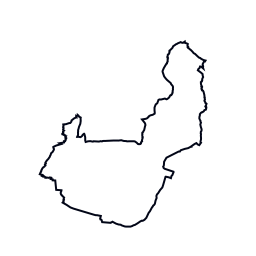 outline of Hulubesti, Dâmbovita, Romania, rotated 14°
{"feature_id": "2599482B41266636799835", "entity_name": "Hulubesti", "entity_type": "district", "adm_level": 2, "iso_a3": "ROU", "parent_name": "Romania", "parent_adm1": "Dâmbovita", "projection": "orthographic", "projection_center": [25.25, 44.872], "detail": "fine", "context": "isolated", "style": "outline", "palette": "ink", "viewbox_px": 256, "rotation_deg": 14, "n_neighbors": 0, "source": "geoboundaries", "source_scale": "gbopen_adm2", "svg_char_len": 5785}
<svg xmlns="http://www.w3.org/2000/svg" viewBox="0 0 256 256"><g transform="rotate(14 128 128)"><path d="M162.5,215.7L163.8,214.6L164.7,214.5L166.2,213.1L167.0,211.6L167.5,210.8L168.6,205.2L169.4,203.5L170.5,199.2L171.0,198.3L171.2,197.2L172.0,196.2L172.4,195.0L172.3,191.7L172.7,189.0L172.1,187.4L172.0,186.7L172.1,186.1L172.2,185.4L173.0,184.0L174.2,180.3L175.7,177.4L175.9,175.0L176.2,166.3L176.4,166.1L179.6,166.0L181.8,166.3L181.8,164.0L182.5,162.8L182.5,162.4L182.9,159.7L182.7,159.4L173.5,158.7L172.3,158.2L171.5,157.0L171.7,156.6L171.8,155.3L171.2,152.0L172.5,147.5L182.8,138.6L184.0,138.3L184.6,136.8L188.2,134.5L191.2,133.0L193.2,131.2L194.1,130.8L193.9,130.4L196.4,127.5L198.0,126.1L199.6,127.1L201.3,127.4L202.4,124.6L201.8,124.3L201.6,123.5L201.6,121.5L201.3,120.1L200.5,117.7L200.3,116.1L199.9,115.7L199.6,114.0L200.0,112.9L199.7,111.4L198.4,109.3L197.3,107.1L197.5,105.1L196.8,104.4L196.6,103.5L195.8,102.7L194.9,101.4L194.6,99.8L194.7,98.7L194.5,97.4L194.4,97.2L195.1,95.6L195.5,95.2L196.1,94.9L196.2,94.5L197.1,94.0L197.5,93.4L197.8,92.2L199.1,91.4L199.2,90.5L198.7,89.5L198.7,89.1L199.0,89.0L198.9,88.7L198.7,88.5L198.3,88.8L197.8,88.3L198.2,87.2L198.3,85.5L197.2,85.1L197.2,84.8L195.7,83.3L195.5,82.8L195.6,82.3L195.8,82.0L195.7,81.5L195.1,80.4L195.1,80.0L194.9,79.9L195.0,79.6L194.7,79.3L194.1,77.5L192.5,74.5L191.8,73.7L190.9,73.6L190.9,73.3L190.4,73.0L190.4,72.8L190.1,72.7L189.7,72.0L189.8,71.4L190.0,71.1L189.8,70.9L189.8,70.4L189.8,70.2L189.5,70.2L189.4,69.9L189.6,69.8L189.4,69.5L189.1,69.6L189.1,69.1L188.4,68.2L187.9,66.9L187.6,65.8L188.4,65.0L188.2,64.5L188.5,63.9L188.4,63.4L188.2,62.9L188.2,62.0L188.6,60.4L187.8,59.1L187.3,57.6L185.6,56.7L181.8,55.1L182.0,53.7L182.9,52.6L183.0,50.9L184.2,50.7L184.6,51.0L186.6,52.0L186.1,51.2L186.0,50.0L185.0,48.1L185.1,47.4L185.7,45.1L186.2,44.8L186.6,44.8L186.9,43.8L184.8,43.8L182.3,43.2L181.1,42.6L180.1,42.6L178.3,41.7L175.2,39.9L173.6,39.5L172.2,38.4L169.9,37.0L169.2,36.8L168.1,36.1L167.4,36.0L167.0,35.8L166.5,35.4L166.8,35.0L166.8,34.7L166.2,34.4L165.8,34.0L165.7,32.0L164.5,31.7L162.7,31.6L162.2,30.4L160.7,32.1L159.0,32.2L158.4,31.9L155.7,33.9L155.1,34.6L154.1,35.3L153.7,35.9L152.0,37.8L151.8,39.3L151.0,40.8L150.6,41.3L150.4,41.8L149.5,42.9L149.6,43.6L150.0,44.0L149.8,44.7L149.9,45.8L149.5,46.7L148.9,47.1L149.1,49.0L148.9,49.6L149.2,50.1L149.7,50.1L149.9,50.4L149.7,50.9L150.0,51.6L149.9,52.3L150.4,53.7L150.3,54.4L150.1,54.6L150.0,55.5L150.2,56.0L149.6,56.6L149.4,57.6L149.0,58.4L149.0,58.8L148.3,61.0L147.8,64.0L147.9,65.0L150.6,69.2L152.7,70.9L154.2,71.9L158.4,74.0L158.7,74.2L159.2,75.0L160.9,76.2L161.5,76.8L161.9,77.9L162.0,78.8L162.4,80.0L162.3,80.9L162.5,82.0L162.7,82.3L162.5,83.2L162.7,83.7L162.4,84.7L161.9,85.2L162.0,85.7L161.1,86.2L160.8,87.2L160.7,87.9L160.1,89.1L159.0,90.4L158.5,90.8L158.1,90.8L156.7,90.5L153.1,92.4L151.8,92.6L150.8,93.3L150.4,96.9L149.2,98.4L148.9,100.6L148.8,101.8L149.5,104.6L150.2,106.5L150.4,107.6L148.8,109.2L146.7,110.3L145.6,111.4L145.4,111.6L145.2,112.5L144.7,112.9L144.5,113.6L144.1,114.0L143.0,114.8L139.5,116.3L142.9,118.9L143.5,119.5L144.2,120.9L144.1,122.4L144.2,126.1L143.8,127.1L143.7,128.1L143.2,128.7L143.0,129.3L143.1,129.7L143.5,130.3L143.4,130.9L143.6,131.7L144.1,132.9L144.5,133.2L144.3,133.9L144.6,134.2L144.5,136.6L144.9,137.4L144.3,138.1L144.4,138.7L144.1,139.2L144.3,139.9L144.1,140.2L143.8,140.6L142.5,141.1L142.1,141.0L141.5,141.1L139.9,140.1L138.8,139.7L138.1,139.4L137.0,139.4L130.1,141.2L129.6,141.1L127.0,141.6L124.4,141.5L121.8,142.5L117.5,143.5L108.9,146.1L107.6,146.4L106.5,146.8L106.0,147.3L104.6,147.4L103.1,148.2L97.8,149.2L97.3,149.7L94.5,149.9L92.4,150.6L90.3,151.8L89.5,150.4L88.7,147.3L87.3,144.7L86.9,144.2L86.6,144.3L85.7,145.6L85.4,146.8L84.6,147.9L84.0,148.4L82.2,148.5L80.8,148.9L80.8,148.4L81.3,147.9L81.1,146.3L80.5,144.2L80.5,143.5L80.3,143.0L80.1,141.9L80.2,140.7L80.2,138.7L80.7,135.5L80.4,132.6L79.7,130.3L79.6,129.3L77.7,128.8L77.0,128.0L76.0,127.5L76.1,128.1L75.6,128.3L75.4,128.7L75.5,129.7L74.9,129.3L75.0,129.8L74.7,130.6L73.4,131.7L71.4,134.3L71.4,134.6L71.5,135.5L70.8,137.1L69.5,137.6L66.9,139.3L64.3,140.2L64.5,140.8L64.9,141.2L65.0,141.5L64.8,142.3L64.8,142.9L65.3,143.2L65.6,144.1L65.6,144.5L65.3,144.9L65.4,145.3L65.7,145.7L66.4,146.0L66.1,146.3L66.0,146.9L65.8,147.2L65.9,147.6L66.3,147.7L66.3,148.1L65.6,149.6L65.8,150.0L66.5,150.0L66.9,149.4L67.5,149.9L67.7,150.3L68.7,150.3L68.7,150.6L69.0,151.1L69.8,151.0L69.7,151.4L69.6,152.4L70.3,152.6L70.2,153.0L70.6,153.3L70.5,153.5L70.0,153.9L70.2,154.6L70.4,154.8L70.3,155.1L70.2,155.9L69.0,156.3L69.1,156.8L69.5,157.1L69.5,157.5L65.3,159.3L67.0,159.8L62.7,162.3L60.1,164.4L60.3,165.1L61.3,166.4L61.2,167.6L60.5,169.8L59.7,170.7L59.5,171.2L59.4,173.1L59.1,173.8L59.1,174.9L58.7,175.7L58.3,177.0L56.9,179.5L56.8,180.1L56.2,181.6L56.3,181.9L56.8,182.3L56.3,183.1L56.2,183.5L57.0,184.1L57.0,184.3L56.5,184.9L56.2,185.7L55.2,186.8L54.6,188.1L54.4,189.4L54.2,189.8L54.3,190.6L54.1,190.9L54.2,191.3L54.0,191.7L54.1,192.1L53.8,192.7L53.6,194.2L56.1,194.2L55.8,195.3L57.2,195.7L57.3,195.0L57.4,194.8L60.0,195.8L59.9,196.2L60.3,196.2L60.3,195.8L63.5,195.5L64.0,194.9L65.7,194.8L65.8,194.9L65.5,196.2L67.4,196.1L67.6,197.0L70.1,196.5L73.3,205.4L78.5,204.5L78.6,205.0L78.4,206.2L78.4,207.4L79.0,208.5L79.3,208.8L79.7,208.9L79.9,209.3L82.3,210.6L82.6,210.9L82.8,211.0L82.6,211.6L82.7,212.0L83.1,212.6L82.8,213.3L83.2,213.5L83.2,213.9L83.0,214.4L83.4,215.3L82.8,215.7L82.6,216.2L86.9,217.4L91.4,219.0L94.7,219.4L116.2,220.4L117.9,220.4L119.0,220.1L122.9,219.9L122.9,222.7L123.4,223.4L124.2,223.4L124.7,223.7L125.7,225.6L134.2,224.2L134.5,223.6L135.2,223.2L135.6,222.7L139.5,223.7L142.3,223.9L144.3,223.6L145.4,224.0L148.5,224.3L149.6,224.2L154.2,223.1L155.8,222.1L156.8,221.1L158.1,220.4L160.2,218.3L162.5,215.7Z" fill="none" stroke="#020617" stroke-width="2"/></g></svg>